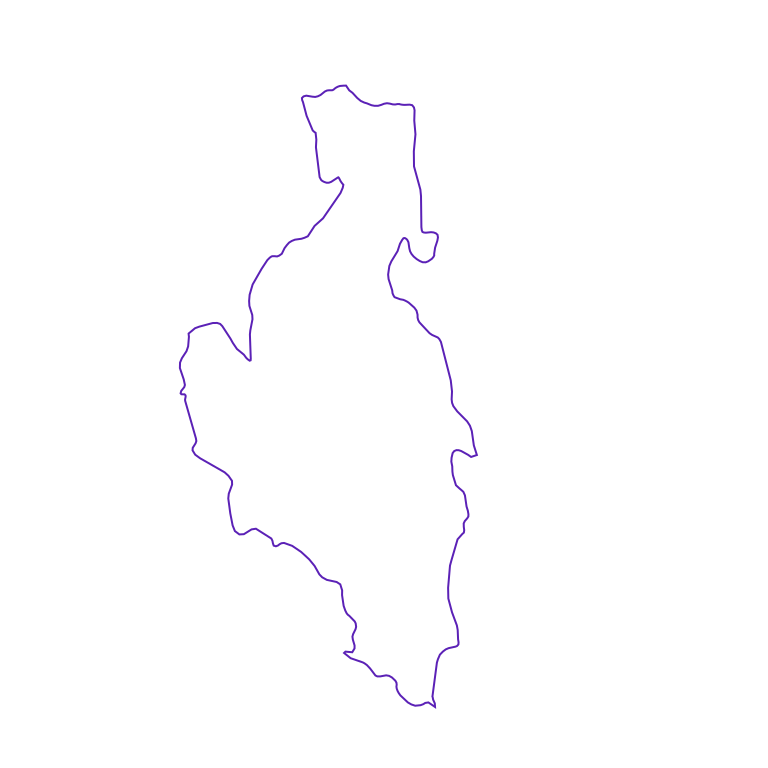 Nagaland, Mercator projection, rotated 130°
{"feature_id": "IND-2479", "entity_name": "Nagaland", "entity_type": "State", "adm_level": 1, "iso_a3": "IND", "parent_name": "India", "parent_adm1": "", "projection": "mercator", "projection_center": [94.35, 26.119], "detail": "fine", "context": "isolated", "style": "outline", "palette": "violet", "viewbox_px": 768, "rotation_deg": 130, "n_neighbors": 0, "source": "natural_earth", "source_scale": "10m", "svg_char_len": 4294}
<svg xmlns="http://www.w3.org/2000/svg" viewBox="0 0 768 768"><g transform="rotate(130 384 384)"><path d="M615.7,241.7L613.8,241.5L609.9,235.9L605.5,236.6L603.2,238.5L599.8,243.6L597.8,245.8L595.4,246.9L590.1,248.2L587.9,249.3L585.6,251.8L584.7,253.8L583.9,261.6L584.0,263.3L583.7,265.1L582.4,268.1L579.9,272.3L572.7,280.4L569.0,283.4L565.6,288.7L566.1,293.0L570.8,301.9L571.8,307.1L571.4,311.1L568.0,320.2L566.4,328.7L565.9,339.5L567.0,350.3L570.0,358.4L571.9,360.2L573.9,361.0L575.9,361.4L577.8,362.5L578.7,364.6L577.5,366.6L575.8,368.7L574.8,371.0L577.2,389.1L580.5,392.0L589.1,394.8L592.2,398.1L592.5,403.7L589.6,409.1L582.0,418.5L571.8,429.7L567.8,432.4L558.7,435.7L555.9,438.2L554.3,444.1L554.1,449.3L559.1,477.1L559.5,483.2L557.9,488.0L555.8,489.5L550.6,490.2L548.3,491.1L546.5,493.2L524.7,525.5L523.8,526.4L521.2,527.8L520.3,528.7L520.1,530.1L522.1,532.6L521.9,533.8L519.6,534.9L514.8,535.0L512.7,535.9L509.2,540.4L503.0,550.6L498.7,554.0L494.2,555.4L485.8,556.4L481.1,558.2L473.2,563.8L471.0,566.1L470.9,566.1L462.7,564.6L458.7,562.3L447.4,554.4L444.5,551.1L443.3,548.1L443.6,545.1L447.9,530.9L449.7,526.2L451.7,519.2L451.6,510.2L452.5,506.5L452.7,504.4L452.5,501.9L451.6,501.4L450.3,502.3L432.2,518.6L428.8,520.9L418.9,526.4L415.8,529.3L410.7,537.3L407.1,540.7L402.0,544.3L392.2,548.6L374.4,551.8L364.1,553.0L360.6,552.7L358.7,552.2L358.2,551.9L357.8,551.6L356.3,549.8L355.0,547.9L353.0,546.8L349.9,546.0L343.9,547.5L340.0,547.7L336.7,547.6L333.7,546.6L330.7,545.0L325.8,540.6L323.1,538.9L319.8,537.3L312.4,538.2L307.5,538.8L296.3,537.2L265.6,540.1L260.3,541.7L257.5,543.2L257.2,545.1L256.6,547.4L255.2,550.8L255.0,551.7L255.0,551.8L255.5,552.1L263.1,554.4L265.2,555.6L266.7,557.3L267.6,559.5L268.1,561.7L268.1,563.3L266.9,566.3L246.4,588.3L240.3,592.9L235.5,597.9L235.7,599.1L235.6,601.6L228.3,615.7L220.1,627.3L219.1,629.2L217.7,630.7L215.4,630.5L213.1,628.9L209.9,623.5L208.3,621.2L206.1,619.6L203.4,618.4L197.9,617.3L195.8,616.3L194.3,614.9L192.4,612.6L191.8,612.2L190.7,611.8L189.2,611.6L187.4,611.1L185.6,610.3L184.0,609.3L181.7,607.0L179.8,604.9L181.4,599.4L181.2,595.3L182.1,588.4L182.1,583.8L181.1,580.0L180.0,577.5L178.5,572.8L177.0,570.1L174.6,567.3L171.9,565.5L169.3,564.1L167.0,562.2L165.5,559.8L164.1,556.9L162.6,555.0L161.0,553.7L160.1,552.7L159.6,552.1L159.5,551.6L158.5,549.8L157.1,547.8L153.5,543.9L152.3,541.6L152.9,538.8L154.7,536.5L162.8,530.1L172.5,520.4L186.6,510.7L198.0,500.9L211.7,481.1L216.3,476.4L239.8,456.2L242.0,453.8L242.8,452.2L242.3,450.8L241.2,449.2L237.4,445.5L236.0,443.4L235.2,441.1L235.3,438.9L237.0,436.9L240.0,435.2L246.7,432.5L252.1,429.2L253.2,428.2L254.8,427.8L257.3,427.8L261.6,429.0L264.0,430.3L265.9,432.7L266.8,435.7L267.3,439.3L267.3,443.2L266.7,446.5L265.6,449.3L263.7,451.9L259.7,456.4L258.7,458.7L258.5,460.1L258.8,461.9L259.8,462.8L262.0,462.7L266.3,461.9L273.5,459.0L285.4,457.2L290.1,455.8L297.5,451.2L300.7,447.9L307.0,437.9L309.0,435.8L310.1,433.6L310.7,431.7L308.7,426.1L307.1,423.3L306.5,421.3L306.0,419.0L305.8,417.3L306.0,409.9L306.9,406.3L309.3,402.9L311.6,400.9L313.1,398.8L314.0,396.5L315.8,381.8L315.5,378.7L313.8,372.7L314.0,370.6L315.2,367.4L338.3,335.2L346.0,327.1L352.3,322.3L354.7,319.7L356.4,316.6L357.9,310.3L359.2,296.3L360.7,291.4L363.6,286.5L373.3,275.7L378.7,267.2L383.9,270.4L384.2,274.0L385.7,281.7L385.8,282.0L386.7,284.2L388.1,286.0L390.2,287.1L392.8,287.0L397.1,284.8L400.2,282.5L403.2,278.8L407.2,275.2L409.5,272.7L415.3,263.8L415.5,259.0L415.5,256.7L415.6,253.9L417.3,250.4L424.8,242.0L427.2,238.3L429.5,235.6L431.3,234.2L433.5,233.9L437.1,234.0L439.6,233.3L442.2,231.0L444.4,228.6L446.5,227.3L448.6,227.6L455.7,227.8L475.5,219.1L480.7,216.7L498.9,203.9L507.0,196.8L515.2,185.1L522.1,173.0L525.1,169.4L532.0,163.1L534.0,160.8L535.7,159.6L537.6,159.6L539.1,160.3L544.8,164.7L547.6,166.1L551.1,166.9L555.4,167.2L560.1,165.8L563.4,164.4L591.8,146.3L592.1,146.2L592.7,145.3L594.2,143.5L596.0,139.8L598.6,137.3L599.4,145.3L601.8,147.4L604.0,148.1L606.5,149.5L610.4,153.3L611.9,157.1L612.6,161.1L612.0,171.3L611.3,174.0L610.4,176.3L609.2,178.4L607.9,179.9L606.2,181.0L604.8,182.5L604.0,184.6L603.7,189.3L604.3,192.5L605.8,195.1L610.5,199.0L612.3,201.2L612.8,203.2L610.9,211.6L610.3,216.4L610.5,219.4L610.9,221.3L615.5,233.3L615.7,241.6L615.7,241.7Z" fill="none" stroke="#5b21b6" stroke-width="2"/></g></svg>